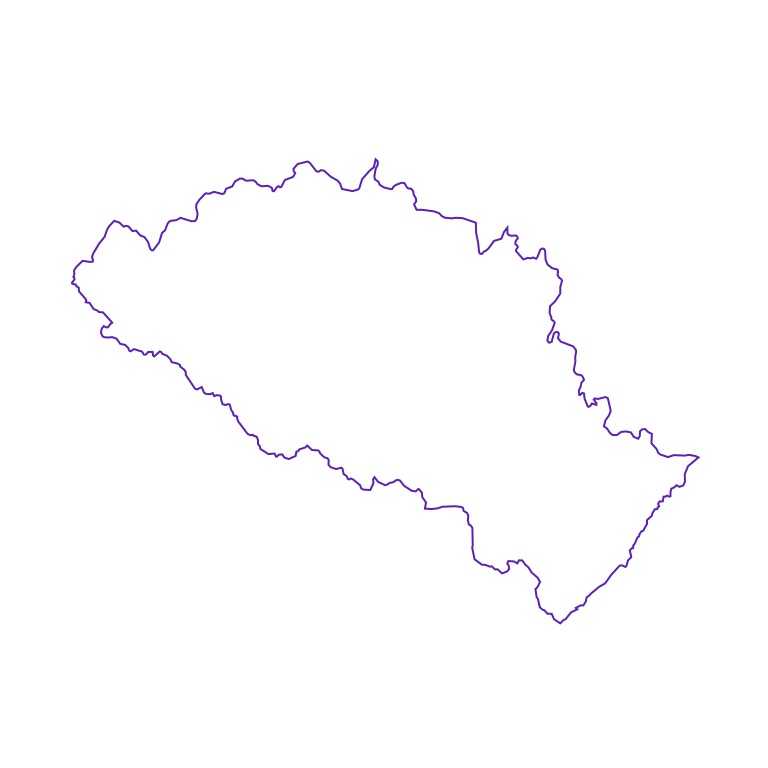 outline of Ambalavao, Haute Matsiatra, Madagascar, rotated 185°
{"feature_id": "10022922B7475622417535", "entity_name": "Ambalavao", "entity_type": "district", "adm_level": 2, "iso_a3": "MDG", "parent_name": "Madagascar", "parent_adm1": "Haute Matsiatra", "projection": "orthographic", "projection_center": [46.669, -21.841], "detail": "fine", "context": "isolated", "style": "outline", "palette": "violet", "viewbox_px": 768, "rotation_deg": 185, "n_neighbors": 0, "source": "geoboundaries", "source_scale": "gbopen_adm2", "svg_char_len": 6131}
<svg xmlns="http://www.w3.org/2000/svg" viewBox="0 0 768 768"><g transform="rotate(185 384 384)"><path d="M374.1,283.3L371.4,284.4L370.0,285.8L365.7,287.2L364.4,288.7L362.0,289.8L359.6,289.2L355.1,284.3L347.0,280.0L343.0,279.8L340.7,282.4L339.9,282.2L336.8,279.1L336.0,274.7L331.8,269.5L332.4,263.4L325.5,263.6L319.8,264.8L315.1,266.8L302.8,268.4L296.3,268.3L294.6,267.5L293.5,264.4L290.1,262.9L288.6,260.4L288.5,255.3L287.2,251.4L285.3,250.7L283.4,248.4L281.6,231.4L281.8,228.3L278.5,217.3L270.9,212.6L267.0,212.6L262.9,211.3L260.7,211.7L257.3,209.0L254.7,209.3L249.8,205.6L244.9,208.1L243.2,210.8L243.9,213.8L245.6,216.0L244.7,218.4L239.2,218.6L235.6,216.9L234.2,220.1L230.9,220.3L227.3,216.1L224.5,214.3L220.3,208.9L214.0,204.4L211.3,200.4L213.4,195.1L215.2,192.9L213.5,185.3L211.8,183.0L209.4,175.3L206.8,173.2L204.3,172.4L201.2,169.4L196.9,169.6L194.1,164.5L187.6,160.9L184.5,164.6L182.6,165.5L177.8,172.8L171.8,176.4L173.4,177.6L168.9,180.6L166.1,180.8L164.0,184.9L163.7,188.4L162.7,190.0L161.0,191.1L160.3,192.5L151.9,200.8L146.3,204.7L141.1,213.6L133.4,223.6L131.1,224.1L127.6,222.8L126.7,223.7L125.6,229.4L122.6,233.1L124.6,239.7L122.8,242.0L121.5,242.2L121.6,245.0L120.3,246.7L118.3,252.9L116.6,254.6L116.4,256.7L114.7,259.6L113.0,260.4L109.8,267.6L110.2,271.3L105.7,276.0L105.3,278.8L103.2,282.9L100.9,283.2L100.6,284.8L99.2,286.1L100.5,288.4L99.3,291.0L96.0,291.4L95.7,296.1L93.5,296.4L92.4,297.5L89.8,296.6L88.8,297.3L89.2,301.2L88.7,304.7L85.7,306.4L83.9,308.6L80.7,307.3L77.1,309.0L75.7,312.6L76.5,320.5L73.9,328.7L64.3,338.3L67.6,339.4L74.0,340.0L78.0,338.9L89.1,338.4L94.7,335.9L102.7,337.9L104.7,339.2L106.9,343.1L112.4,348.2L112.8,357.6L116.7,359.2L120.1,361.9L122.9,361.3L124.8,359.2L124.7,354.5L126.0,351.6L130.7,353.2L133.8,357.3L139.0,357.8L143.7,356.9L147.6,353.4L152.0,353.1L154.8,355.1L158.0,359.2L161.2,360.9L160.3,366.9L157.2,372.2L155.8,377.0L159.8,389.4L162.1,390.3L169.4,387.8L173.0,387.9L173.7,386.8L170.7,383.4L170.7,381.7L175.1,382.8L176.3,380.5L178.1,379.0L179.2,379.6L182.9,386.9L183.9,392.0L185.7,392.4L187.9,390.0L188.5,390.1L189.3,394.6L188.0,397.9L187.5,402.4L185.1,405.7L187.0,409.0L188.8,410.1L192.8,410.4L195.2,412.4L196.1,414.5L195.3,423.5L195.9,427.4L195.4,433.1L196.1,435.1L198.9,438.0L211.6,441.6L214.7,444.8L214.1,449.3L215.3,450.8L217.1,450.8L219.1,449.4L220.7,440.5L223.2,439.5L225.0,441.4L224.7,445.9L221.3,452.3L219.3,459.6L219.9,461.0L222.8,462.9L223.3,465.5L225.2,468.9L225.4,475.9L220.6,481.5L216.3,489.4L216.8,496.3L215.6,502.5L216.9,504.2L218.8,505.1L220.6,507.9L220.4,511.1L221.1,513.1L226.7,514.1L231.5,517.3L233.9,522.0L235.1,530.8L236.2,532.4L238.1,532.8L240.0,531.4L242.2,523.8L243.4,522.0L246.6,523.0L248.4,522.0L251.8,522.1L256.1,520.3L264.1,528.0L264.2,529.1L262.6,531.9L263.0,533.1L265.2,534.7L265.5,536.2L265.1,538.2L263.4,540.8L264.0,542.4L265.5,543.5L270.1,542.7L273.0,543.4L274.2,545.1L274.7,550.5L277.7,545.9L279.7,539.0L286.9,536.1L291.7,528.2L294.0,525.7L296.2,524.5L297.5,522.3L299.5,522.1L300.7,523.4L302.7,533.6L305.3,542.1L306.6,552.7L320.3,556.1L327.1,555.8L331.1,554.9L338.2,555.0L341.3,556.5L343.9,558.9L349.1,560.3L361.0,560.9L366.7,560.4L369.7,565.5L367.9,568.7L368.3,571.5L370.9,575.3L371.8,578.6L374.1,581.0L376.7,580.9L378.3,581.8L381.1,585.9L384.1,586.0L389.6,583.3L391.7,581.4L392.9,578.9L394.1,578.7L400.7,579.7L403.4,580.9L405.7,582.1L407.0,584.8L410.9,587.1L411.7,589.9L411.3,595.4L410.8,598.6L409.5,600.9L409.4,604.2L409.9,605.5L411.9,607.1L413.0,599.1L417.2,594.9L423.7,586.1L425.6,577.0L426.5,575.7L432.0,573.4L442.8,574.6L445.3,579.9L447.8,582.5L455.3,586.0L462.4,591.3L465.5,591.5L467.5,589.8L469.9,590.0L477.3,598.0L479.5,599.0L489.2,595.6L492.9,590.5L492.5,588.1L490.8,586.4L492.6,582.4L500.5,578.6L503.5,571.3L504.9,571.0L506.3,571.9L507.6,571.1L510.5,566.4L511.8,566.6L512.9,569.7L516.7,571.3L523.2,570.3L527.4,572.0L529.8,574.6L532.1,575.6L538.1,574.6L539.9,574.7L542.4,576.2L545.3,576.1L550.0,572.9L552.5,567.5L558.2,564.8L559.8,560.1L560.6,559.6L561.5,559.2L570.2,560.6L574.7,558.3L578.2,558.4L579.1,557.7L584.0,551.4L586.6,546.5L586.5,543.3L584.5,537.3L584.9,532.3L586.6,529.8L590.0,529.4L601.2,531.8L605.2,529.1L610.1,528.1L612.3,527.0L613.7,524.5L615.4,518.2L618.3,515.1L620.4,505.3L625.7,497.0L627.0,496.9L628.7,498.3L631.5,505.0L635.5,509.5L639.8,510.8L644.3,515.2L647.9,514.4L652.3,518.7L654.9,519.1L657.0,518.0L661.6,521.7L667.0,523.0L671.6,517.2L673.5,513.1L675.1,506.4L680.4,498.4L685.2,488.3L685.9,484.7L684.7,482.4L684.8,480.5L687.9,480.0L695.0,480.4L700.4,474.2L702.6,470.3L702.1,465.9L702.7,463.5L701.9,463.1L701.4,461.4L703.7,457.6L703.2,456.7L699.6,456.1L699.1,454.7L696.5,453.3L695.9,449.7L688.5,442.5L687.9,441.4L688.2,439.4L684.4,439.2L679.8,433.3L675.9,432.2L674.3,430.9L670.1,430.8L660.1,421.4L662.0,419.7L663.9,416.4L665.6,416.2L668.2,417.2L670.0,414.6L670.5,410.7L668.7,407.1L667.1,406.3L663.4,406.2L658.8,407.0L654.3,405.8L650.4,401.1L645.1,400.3L641.9,397.6L640.7,395.0L639.1,394.5L636.2,396.9L634.7,396.7L627.8,395.1L625.8,392.4L624.9,392.3L623.5,392.9L621.6,395.4L617.3,395.8L616.6,392.3L615.3,391.5L610.2,396.9L608.9,396.5L607.4,394.7L602.6,393.2L599.0,390.1L597.4,387.2L592.1,386.5L589.0,385.3L588.6,383.7L584.0,380.6L582.6,378.7L582.2,375.7L571.8,362.8L569.8,362.3L565.3,365.1L562.6,359.8L560.9,358.7L556.1,358.7L553.9,360.0L552.1,357.1L549.9,358.3L546.3,358.2L545.2,357.1L545.0,354.3L543.0,349.8L539.9,349.3L536.9,350.5L535.8,349.9L533.9,344.7L531.9,342.3L531.3,340.1L530.1,339.2L529.0,339.4L527.4,338.6L527.2,336.5L525.8,333.8L515.7,322.6L512.8,321.3L510.1,321.9L509.6,321.1L506.3,320.4L504.6,317.2L504.3,313.3L502.1,310.8L501.6,308.7L500.3,307.9L493.0,304.1L486.9,305.2L485.2,302.2L484.3,302.4L482.6,304.4L479.3,305.0L476.6,301.9L472.3,301.0L465.8,304.6L465.4,308.9L463.8,309.5L462.6,311.5L457.1,313.8L455.1,316.0L450.1,312.0L444.1,312.1L442.8,311.5L441.3,309.1L437.1,305.8L433.8,305.1L432.4,303.4L432.3,298.9L430.0,296.5L424.3,295.1L419.2,296.9L418.0,296.0L416.3,290.7L413.3,289.1L411.5,286.1L410.4,285.9L408.8,287.0L406.1,286.0L398.8,280.9L397.9,278.4L395.6,277.0L388.4,277.2L385.9,284.2L386.6,288.0L385.3,290.3L381.4,286.0L374.1,283.3Z" fill="none" stroke="#5b21b6" stroke-width="2"/></g></svg>